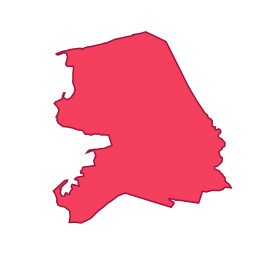 Santa María Cortijo, Oaxaca, Mexico, rotated 254°
{"feature_id": "50627088B48919250536034", "entity_name": "Santa María Cortijo", "entity_type": "district", "adm_level": 2, "iso_a3": "MEX", "parent_name": "Mexico", "parent_adm1": "Oaxaca", "projection": "natural_earth1", "projection_center": [-98.318, 16.434], "detail": "fine", "context": "isolated", "style": "filled", "palette": "rose", "viewbox_px": 256, "rotation_deg": 254, "n_neighbors": 0, "source": "geoboundaries", "source_scale": "gbopen_adm2", "svg_char_len": 4383}
<svg xmlns="http://www.w3.org/2000/svg" viewBox="0 0 256 256"><g transform="rotate(254 128 128)"><path d="M39.8,147.7L42.9,151.4L43.5,151.6L44.2,151.5L44.6,151.0L45.3,150.0L46.0,149.5L46.7,148.8L47.1,148.3L47.9,147.8L48.5,147.7L48.4,148.3L48.6,148.4L47.3,151.1L47.1,152.3L46.2,153.3L45.4,153.7L45.0,156.2L36.4,175.2L46.7,182.2L45.0,185.5L44.8,192.2L44.3,193.8L44.1,194.0L43.7,195.2L43.4,196.4L43.0,197.3L42.7,198.5L42.7,199.3L42.8,200.0L42.9,201.4L42.9,202.5L43.3,203.2L44.0,204.1L44.2,204.9L43.8,206.6L42.0,210.7L43.1,210.5L43.9,210.3L44.7,210.2L45.9,209.7L47.3,208.9L47.8,208.3L48.7,207.9L49.4,207.2L50.2,206.9L51.6,207.1L52.7,207.1L53.8,207.5L55.1,206.6L56.2,206.2L57.2,206.1L58.1,205.6L59.1,204.7L60.2,204.4L61.3,204.1L62.0,203.5L62.5,202.7L63.0,202.1L63.9,201.0L64.8,200.0L65.5,200.0L66.4,200.4L66.8,200.8L66.8,201.9L66.8,202.9L66.8,203.8L67.2,204.5L67.4,205.0L67.8,205.6L68.2,206.4L68.4,207.0L69.0,207.9L69.5,208.7L70.5,209.3L71.5,209.8L72.5,210.0L73.5,210.3L74.0,210.2L74.3,209.8L74.5,209.0L74.7,208.9L75.3,208.9L75.9,208.9L77.6,208.6L78.1,208.6L79.3,208.8L80.2,208.9L80.4,209.2L81.1,210.4L81.4,211.5L81.7,212.4L83.2,213.4L83.5,213.9L83.5,215.0L83.6,215.4L83.9,215.9L84.7,216.4L85.5,216.6L86.4,217.0L87.1,217.1L87.5,216.9L88.4,216.6L89.3,216.1L89.9,215.8L90.5,215.6L91.1,215.4L92.0,214.9L93.3,212.9L94.0,212.6L94.5,212.6L95.5,212.6L96.3,213.1L96.9,213.8L97.4,214.5L97.5,215.0L97.8,215.3L98.4,216.0L99.2,216.3L100.2,216.2L100.8,216.1L101.5,215.7L102.1,214.9L102.0,213.1L101.8,212.1L103.1,211.3L103.6,211.7L104.6,212.3L105.0,212.1L105.5,210.8L106.1,210.1L106.6,209.5L107.4,209.5L108.1,209.8L109.1,210.5L110.3,210.5L111.7,210.9L112.5,210.6L113.5,210.1L114.3,209.6L114.9,208.9L115.3,208.0L115.8,207.7L116.3,207.8L117.2,208.0L118.1,207.9L119.0,207.6L121.0,206.1L136.0,201.3L152.3,197.2L176.6,192.8L176.8,192.7L177.0,192.6L177.4,192.6L200.6,188.3L205.3,183.0L207.1,181.1L215.5,171.5L215.5,167.2L215.4,166.8L216.3,158.1L215.5,157.9L215.6,156.6L216.1,150.7L216.4,145.0L216.8,141.3L216.8,140.7L216.5,136.8L216.3,136.7L215.7,130.7L215.8,130.3L216.0,128.6L215.9,124.5L216.0,123.8L216.4,115.9L216.5,114.3L217.1,110.9L217.1,110.5L216.9,108.9L216.8,106.7L216.5,106.0L216.2,105.8L217.4,105.1L218.2,102.2L219.3,94.0L219.3,88.1L219.5,88.1L219.6,85.8L219.6,84.7L219.1,79.4L218.6,79.3L217.7,80.5L217.5,81.7L217.7,83.7L218.0,86.4L217.7,87.6L217.4,88.6L216.1,89.4L212.8,89.4L209.9,87.9L209.1,87.3L208.8,87.1L206.6,85.7L206.0,85.7L204.2,86.5L203.9,87.6L203.7,88.2L203.4,89.1L203.3,89.5L203.0,90.4L202.9,90.7L202.8,91.3L202.5,92.2L201.9,92.5L200.1,91.9L197.5,91.0L195.9,90.2L192.5,89.3L190.5,88.8L190.4,88.7L188.2,87.9L187.1,87.6L184.7,87.6L183.9,87.7L180.5,88.0L176.9,86.2L176.6,86.0L176.4,85.7L175.0,84.0L174.6,83.5L172.8,81.3L172.7,81.2L172.0,77.3L173.0,76.2L174.5,74.8L176.2,74.7L179.1,77.0L179.4,75.6L174.1,72.5L173.9,71.6L173.9,71.4L173.0,65.4L171.9,63.8L168.5,65.7L164.8,66.6L162.7,65.7L160.9,64.4L158.4,62.0L158.3,61.9L158.1,62.2L157.7,62.7L156.2,62.5L155.8,62.2L155.3,61.7L154.2,62.0L153.8,62.1L153.2,62.1L152.7,62.2L152.1,62.4L150.0,63.8L148.3,65.2L147.6,66.0L147.3,66.0L146.3,68.5L145.8,70.0L145.5,70.5L144.9,71.6L144.8,71.8L143.4,74.6L143.3,74.8L142.2,76.3L140.4,78.7L140.1,79.2L139.3,80.9L138.7,83.0L138.4,83.4L135.4,84.6L134.2,84.9L133.4,85.7L133.4,86.0L133.5,86.8L133.2,87.5L132.6,88.4L131.5,90.5L131.5,90.8L131.4,90.8L131.5,95.0L130.5,96.9L130.3,98.7L129.0,99.8L126.5,107.5L115.7,107.7L115.0,99.4L115.7,96.0L115.8,93.5L116.9,88.9L117.4,84.0L115.6,81.5L116.1,88.9L110.4,89.6L110.2,89.5L110.0,89.1L105.9,86.1L101.0,85.8L102.7,74.0L102.3,73.4L101.4,73.2L100.4,72.2L99.9,71.1L99.6,70.4L97.4,70.2L96.7,72.5L95.6,72.4L94.0,72.1L94.7,65.4L94.0,64.6L93.9,64.5L94.0,64.5L94.3,64.0L94.0,63.5L93.9,63.4L93.5,62.8L93.3,62.9L93.2,62.8L91.2,65.7L89.0,65.0L85.7,65.0L89.2,58.8L88.1,57.7L87.2,57.3L86.8,57.3L84.9,57.8L84.3,57.0L84.2,56.7L81.5,53.8L80.5,53.6L80.2,53.6L80.1,53.4L81.8,50.7L82.5,51.1L82.6,49.7L80.2,48.5L80.3,47.6L80.4,46.5L81.1,45.5L84.3,45.1L88.6,47.2L88.6,46.5L91.2,50.6L92.9,54.4L94.6,55.4L94.8,52.5L88.0,38.9L84.1,40.0L79.0,40.1L77.3,39.5L76.7,39.1L73.1,39.7L71.4,41.8L69.2,45.9L67.5,46.7L66.1,48.2L64.1,49.0L60.7,48.5L57.8,47.6L54.4,46.0L53.4,45.5L52.0,51.4L49.6,56.8L50.5,62.4L51.4,67.2L56.4,76.3L58.8,82.4L61.4,88.0L62.5,91.8L65.5,99.5L65.7,101.6L66.3,106.3L66.2,107.0L65.6,108.4L65.4,108.7L40.0,147.5L39.8,147.7Z" fill="#f43f5e" stroke="#9f1239" stroke-width="1.5"/></g></svg>